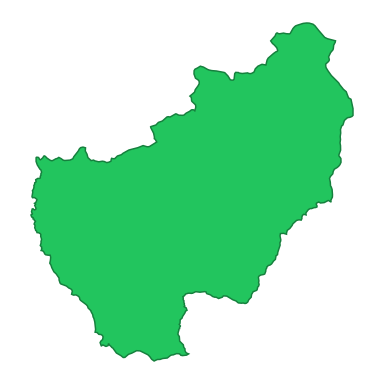 Paucar del Sara Sara, Ayacucho, Peru
{"feature_id": "86281439B2335634793113", "entity_name": "Paucar del Sara Sara", "entity_type": "district", "adm_level": 2, "iso_a3": "PER", "parent_name": "Peru", "parent_adm1": "Ayacucho", "projection": "albers", "projection_center": [-73.322, -15.115], "detail": "fine", "context": "isolated", "style": "filled", "palette": "green", "viewbox_px": 384, "rotation_deg": 0, "n_neighbors": 0, "source": "geoboundaries", "source_scale": "gbopen_adm2", "svg_char_len": 5892}
<svg xmlns="http://www.w3.org/2000/svg" viewBox="0 0 384 384"><path d="M188.6,353.9L186.5,353.0L185.8,352.3L184.9,350.4L185.0,348.9L183.8,347.4L183.3,344.8L179.7,341.2L179.3,336.5L177.9,334.3L178.3,331.8L178.8,330.6L178.7,329.4L179.6,328.7L179.6,327.1L180.2,326.6L180.4,326.0L179.2,324.3L180.0,323.3L180.2,319.7L182.0,318.2L182.6,316.4L184.8,313.1L185.6,311.1L187.0,310.3L186.2,307.9L184.2,306.7L184.7,306.1L184.7,305.5L184.2,304.5L184.4,303.6L183.7,302.0L184.0,301.0L183.1,299.5L183.3,298.0L182.9,296.7L184.3,295.8L185.7,294.0L188.3,293.2L190.1,293.2L191.1,293.4L192.6,293.2L195.7,291.7L199.9,292.2L204.9,291.6L206.1,292.0L206.3,292.9L206.9,293.7L210.4,294.8L212.6,296.5L214.7,297.2L216.2,297.2L218.6,298.5L222.3,297.2L223.4,295.9L226.8,296.1L232.9,299.8L235.9,300.9L238.3,302.9L241.4,303.2L243.2,303.0L245.0,303.5L246.3,303.2L247.7,302.1L248.8,299.7L251.2,297.2L251.6,294.4L253.2,291.7L256.5,290.4L257.1,289.8L257.7,287.1L258.7,286.0L259.1,284.3L258.6,282.7L258.9,280.9L258.4,277.2L258.8,276.3L260.5,275.1L263.6,274.5L264.7,274.0L265.7,271.5L265.9,269.4L266.7,268.0L266.8,266.9L267.4,266.6L268.2,265.5L270.1,265.0L271.6,263.9L273.6,261.0L275.4,259.4L276.0,255.8L277.5,254.7L277.8,252.2L280.1,245.2L279.9,242.8L280.6,241.3L280.8,239.9L280.0,235.9L280.4,233.6L283.4,233.3L286.5,234.2L286.5,233.1L287.3,230.3L289.8,228.5L292.1,225.5L292.8,223.9L296.6,220.4L299.0,219.8L301.2,220.1L301.9,218.6L301.9,216.9L302.5,215.3L303.8,214.3L306.1,214.9L305.9,213.2L306.1,212.6L308.4,209.6L310.1,208.6L311.6,208.6L313.9,207.7L315.8,207.5L317.0,206.9L317.0,205.8L316.2,204.1L316.5,203.2L318.7,202.0L320.5,203.0L324.2,202.6L328.2,200.5L329.1,200.8L330.5,201.8L331.0,201.7L330.9,200.2L332.4,197.1L332.5,194.7L332.1,189.5L331.3,187.1L330.5,185.8L330.3,182.2L329.5,178.4L330.4,176.5L332.8,173.8L333.2,171.5L334.3,169.2L337.2,167.5L338.7,166.2L339.9,164.7L341.0,162.3L340.9,158.6L340.1,157.3L339.2,156.3L338.8,155.1L340.6,150.2L340.5,145.5L340.0,142.9L340.5,139.6L340.2,136.6L340.7,133.1L340.5,129.4L341.7,125.8L342.6,125.4L343.1,124.5L344.1,121.2L344.7,120.1L347.5,117.7L349.9,117.3L351.9,116.5L353.0,115.4L353.0,108.6L351.0,99.3L348.5,97.8L346.2,91.7L343.4,89.3L339.8,84.8L338.6,82.8L331.4,75.6L328.1,71.0L326.2,67.9L325.8,66.6L325.7,64.1L328.6,61.4L329.2,60.3L329.3,59.5L328.6,56.9L330.6,52.6L332.9,49.9L333.3,48.7L333.7,45.1L335.2,42.3L335.5,40.8L327.4,38.7L324.7,37.4L318.4,30.1L314.9,25.7L313.0,24.2L309.1,23.1L306.5,23.0L303.1,23.4L297.1,25.3L295.6,25.9L294.5,26.8L293.0,28.5L290.2,33.5L289.3,33.9L286.3,33.7L283.5,33.1L279.5,33.8L278.1,33.5L277.4,33.0L276.6,33.1L275.9,33.9L275.1,35.9L270.7,40.9L272.5,43.5L274.2,44.9L276.8,47.8L277.7,50.5L277.1,51.4L275.9,51.8L273.5,53.5L268.2,58.1L267.1,60.0L265.9,65.0L262.0,64.3L257.9,66.2L255.3,68.8L254.1,71.9L252.4,73.0L250.8,73.6L249.0,73.5L247.6,72.9L242.3,73.5L239.4,73.1L238.3,72.5L235.6,72.4L234.7,73.7L234.1,79.1L233.5,79.9L232.2,80.2L230.3,79.8L227.9,75.9L224.8,72.7L223.9,72.4L216.5,71.0L211.8,70.6L209.4,70.1L207.7,69.5L203.5,67.1L200.3,66.2L197.6,67.9L195.0,69.2L194.1,70.7L194.0,74.0L195.5,78.2L198.1,79.9L199.2,81.4L199.2,83.7L198.0,85.9L195.3,89.6L194.5,92.2L189.9,96.1L191.3,97.4L191.6,100.7L192.0,101.5L195.5,104.8L195.8,107.1L194.8,110.8L194.0,110.1L193.0,109.7L191.4,109.9L189.5,111.4L186.2,113.1L183.9,115.1L183.0,115.3L178.8,115.2L176.5,114.0L175.6,113.9L170.1,117.0L168.2,116.7L166.9,117.0L162.4,121.0L158.4,122.4L155.9,125.0L150.8,126.6L150.6,126.8L150.9,127.9L153.6,133.2L154.4,137.0L154.3,138.7L155.3,139.4L156.7,142.0L149.5,146.5L148.0,146.8L146.9,146.7L143.1,145.6L137.8,147.7L128.9,150.0L123.0,153.3L121.4,154.7L117.4,156.0L114.8,158.6L113.0,158.7L111.7,158.3L111.3,159.0L111.0,161.1L109.2,162.1L106.7,162.6L104.2,161.5L102.4,161.2L98.7,161.8L94.9,160.9L93.6,160.1L91.1,160.6L87.9,157.6L87.0,154.2L85.3,151.0L85.5,147.8L83.0,147.1L80.7,147.6L79.5,148.7L78.2,151.1L73.9,156.6L72.8,158.8L70.0,160.1L64.8,160.5L63.3,160.2L60.9,158.5L58.8,157.4L57.1,158.5L55.8,158.8L52.6,160.6L51.3,160.7L49.9,160.1L46.9,158.0L45.4,156.4L44.4,155.9L43.8,156.1L42.7,157.9L40.5,159.8L39.7,159.5L38.6,157.5L37.0,157.2L36.4,157.3L36.1,157.7L36.1,161.5L37.3,164.9L39.9,169.1L40.9,169.9L41.6,172.2L40.9,173.8L40.9,175.4L40.3,176.2L40.3,177.9L39.5,178.4L37.8,178.4L35.7,179.7L36.1,181.8L34.7,182.8L34.6,184.3L33.9,185.4L34.0,187.1L33.4,189.2L32.4,190.7L32.8,192.0L32.0,196.5L32.3,197.4L32.8,197.8L33.9,197.5L34.7,197.7L36.7,199.2L37.0,199.7L35.8,202.5L34.5,203.3L35.6,204.2L34.7,205.4L35.8,207.7L36.0,208.9L34.7,209.9L34.0,209.6L33.0,208.8L32.2,209.0L31.5,211.8L32.4,213.9L32.1,214.3L31.2,214.5L31.0,215.1L31.7,217.0L33.1,217.6L33.0,218.9L34.1,219.3L34.4,220.5L35.4,221.1L35.5,221.5L34.7,222.4L34.1,224.1L34.9,225.0L35.0,226.4L34.7,227.7L35.5,229.5L35.6,230.3L36.6,231.2L37.0,232.6L38.7,232.8L40.1,233.5L40.8,234.4L40.7,236.4L41.6,239.2L41.0,241.7L41.1,242.9L40.3,245.6L41.7,247.1L41.5,248.1L41.9,248.8L41.1,250.5L42.7,250.8L44.2,252.4L44.6,253.8L45.8,254.8L48.3,255.2L50.2,255.2L50.7,257.4L50.4,260.3L49.8,263.2L51.0,265.2L51.8,267.7L53.9,271.8L56.1,273.8L59.0,278.0L59.1,280.1L60.1,283.1L60.8,283.9L66.4,286.0L68.8,288.0L70.8,288.9L72.0,290.2L72.3,291.2L71.6,294.3L73.5,295.1L76.1,294.9L78.3,296.2L79.4,297.3L79.8,299.2L80.5,300.3L86.2,304.6L87.4,305.9L88.2,308.1L90.9,310.7L91.0,311.5L92.7,314.6L93.1,316.9L93.9,318.4L94.8,322.0L95.6,329.4L95.1,332.2L97.1,332.5L98.8,334.3L101.3,334.6L102.4,335.5L103.1,336.8L102.6,339.5L100.8,341.2L100.1,342.6L101.2,345.8L101.5,345.9L102.7,345.0L103.3,345.1L105.6,346.3L106.4,346.3L108.1,345.6L108.4,344.0L108.8,343.9L109.5,345.1L111.0,346.4L111.8,347.4L112.9,348.1L116.4,353.0L120.9,355.6L123.2,357.5L124.9,357.4L128.5,354.3L131.7,353.2L136.6,350.7L140.1,350.9L147.8,354.7L149.7,356.5L151.6,359.2L154.1,361.0L157.3,359.5L160.1,359.4L162.7,358.5L167.3,358.0L170.7,355.3L172.2,354.9L173.1,354.9L176.5,353.6L179.5,353.8L180.9,355.3L182.6,355.6L186.6,355.1L188.6,353.9Z" fill="#22c55e" stroke="#15803d" stroke-width="1.5"/></svg>